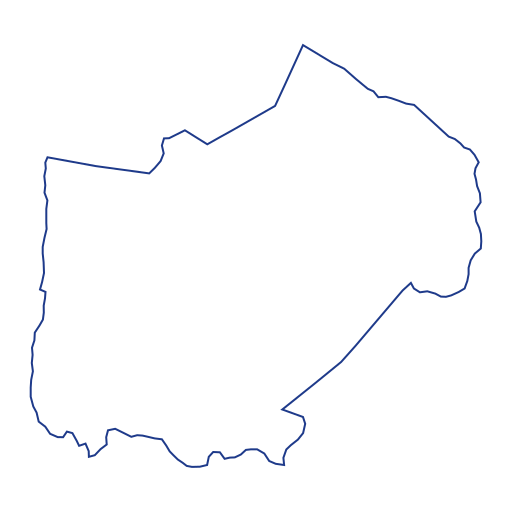 Catu, Bahia, Brazil (Natural Earth projection)
{"feature_id": "56859067B63538052754929", "entity_name": "Catu", "entity_type": "district", "adm_level": 2, "iso_a3": "BRA", "parent_name": "Brazil", "parent_adm1": "Bahia", "projection": "natural_earth1", "projection_center": [-38.421, -12.325], "detail": "fine", "context": "isolated", "style": "outline", "palette": "blue", "viewbox_px": 512, "rotation_deg": 0, "n_neighbors": 0, "source": "geoboundaries", "source_scale": "gbopen_adm2", "svg_char_len": 1985}
<svg xmlns="http://www.w3.org/2000/svg" viewBox="0 0 512 512"><path d="M47.5,157.3L45.3,162.6L45.8,168.5L44.3,176.2L45.3,185.3L44.5,192.7L47.4,200.4L46.3,208.9L46.3,217.0L46.3,223.1L46.6,229.0L44.5,237.7L42.7,246.9L42.7,253.5L43.6,262.2L44.0,273.0L42.1,282.0L40.0,289.5L45.5,291.9L45.0,298.4L43.7,305.6L43.8,312.7L42.9,319.6L39.5,325.5L34.8,332.6L34.4,340.4L32.0,347.7L32.6,354.9L31.8,363.0L32.9,371.3L31.2,379.8L30.7,387.5L30.7,396.8L33.3,406.5L36.6,412.6L38.7,421.6L45.3,426.7L50.1,433.8L57.7,437.1L63.1,437.2L66.9,431.6L72.4,433.1L76.7,440.8L79.1,445.8L85.5,443.6L88.7,451.1L88.9,456.8L94.8,455.2L100.6,449.1L106.7,444.5L106.2,437.2L108.0,430.3L115.2,428.8L123.9,433.1L131.3,436.8L137.2,435.2L142.6,435.6L147.9,436.8L154.7,438.4L161.9,439.3L166.2,445.5L169.7,451.4L173.4,455.2L177.8,459.5L182.7,462.8L186.7,465.9L192.0,466.9L199.9,466.7L207.1,465.0L208.8,456.8L213.2,452.0L219.9,452.3L224.6,458.8L229.9,457.6L234.8,457.4L240.9,454.5L245.9,449.9L251.2,449.3L257.1,449.3L264.3,453.5L269.2,461.0L275.7,463.8L284.1,465.0L283.4,457.8L286.3,449.5L290.8,445.2L297.9,439.6L303.1,433.1L305.2,423.8L303.0,417.0L282.3,409.5L315.5,382.9L341.1,362.0L355.2,346.2L397.9,296.0L402.7,290.4L410.9,282.9L413.9,288.5L419.9,292.3L427.3,291.3L435.3,293.6L440.9,296.6L446.0,296.8L451.2,295.4L458.7,292.0L464.6,288.5L467.3,281.0L468.6,274.2L468.6,267.8L470.7,260.3L474.8,253.6L480.8,248.5L481.3,241.4L480.9,234.0L479.2,227.7L476.3,221.6L474.7,211.3L480.6,202.3L479.9,193.3L477.1,186.1L476.0,179.4L474.5,173.8L475.5,168.2L478.7,162.3L474.5,154.8L469.9,149.5L464.1,147.5L460.4,143.4L454.8,139.0L448.7,136.6L414.1,104.9L406.1,103.6L398.8,100.8L391.3,98.2L385.9,96.8L378.3,97.2L373.5,91.3L367.8,88.8L362.8,84.7L355.7,78.8L349.8,73.6L344.2,68.7L332.8,63.1L303.0,45.1L285.0,84.5L275.1,105.9L231.6,130.7L219.5,137.4L207.3,144.3L198.8,139.0L184.9,130.3L169.1,138.2L164.0,138.4L161.9,145.5L163.7,153.4L160.6,161.1L154.8,167.9L149.2,173.4L95.8,166.1L47.5,157.3Z" fill="none" stroke="#1e3a8a" stroke-width="2"/></svg>